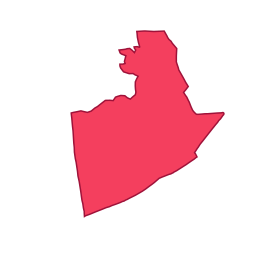 Al-Rumaitha, Al-Muthannia, Iraq, rotated 139°
{"feature_id": "34846034B72933378732296", "entity_name": "Al-Rumaitha", "entity_type": "district", "adm_level": 2, "iso_a3": "IRQ", "parent_name": "Iraq", "parent_adm1": "Al-Muthannia", "projection": "albers", "projection_center": [45.302, 31.497], "detail": "fine", "context": "isolated", "style": "filled", "palette": "rose", "viewbox_px": 256, "rotation_deg": 139, "n_neighbors": 0, "source": "geoboundaries", "source_scale": "gbopen_adm2", "svg_char_len": 2323}
<svg xmlns="http://www.w3.org/2000/svg" viewBox="0 0 256 256"><g transform="rotate(139 128 128)"><path d="M87.4,67.5L84.5,68.4L79.0,69.4L74.4,70.3L66.0,71.9L59.9,73.0L56.6,73.5L54.6,74.1L52.3,74.2L50.6,74.6L48.3,75.2L47.2,75.3L46.3,75.7L45.9,76.7L46.2,77.4L47.6,78.2L51.3,81.1L58.4,86.4L60.8,88.4L63.3,90.2L66.1,92.3L67.4,93.5L67.6,95.3L67.7,97.3L67.6,98.8L67.4,99.7L67.2,100.3L66.5,102.7L65.5,105.5L64.8,107.4L64.3,109.5L63.4,112.7L63.2,115.1L62.8,117.7L62.7,118.4L59.1,119.0L55.3,119.8L54.5,124.7L53.5,129.0L52.1,135.8L51.6,138.4L50.5,140.6L48.9,144.5L48.1,146.3L47.4,147.0L46.4,148.2L44.2,150.7L41.9,153.1L39.1,156.0L39.0,163.0L38.6,165.2L39.0,167.9L38.7,170.4L38.3,171.6L38.0,173.0L37.1,177.4L45.2,183.9L51.8,190.3L58.0,195.1L58.9,193.7L61.4,190.3L64.0,185.7L64.7,184.1L65.8,181.9L66.0,181.5L66.4,181.5L67.8,183.5L70.2,185.2L70.9,183.9L71.0,181.8L73.7,180.7L73.9,183.8L74.5,186.9L76.6,188.4L78.2,189.1L80.8,190.8L83.6,192.7L84.7,189.8L84.4,188.2L82.2,184.0L84.1,182.6L87.0,180.6L87.9,178.6L90.0,179.6L92.2,181.5L93.4,180.1L94.2,178.1L94.5,173.3L91.5,168.3L88.4,165.7L87.8,163.5L86.9,161.7L86.4,160.4L89.0,159.5L92.2,158.0L94.9,155.0L96.9,152.4L98.5,149.9L100.6,148.3L104.0,148.4L107.3,148.3L108.7,151.3L109.2,154.4L112.1,157.3L115.1,158.7L117.2,159.5L121.2,158.4L123.5,160.8L127.0,163.7L132.0,164.0L136.9,164.2L139.9,164.8L144.6,164.9L148.4,166.4L150.3,169.0L152.3,171.8L156.1,173.9L159.0,175.6L161.0,176.6L161.6,175.8L164.1,172.1L166.6,168.7L168.9,165.5L171.2,162.1L173.8,158.7L175.8,156.1L178.7,152.3L181.3,148.6L184.3,144.9L187.8,139.5L189.6,136.2L191.9,132.6L194.5,128.5L197.3,124.5L199.9,119.7L202.7,115.2L205.4,110.9L208.0,107.0L210.3,103.4L211.7,100.6L214.1,96.9L215.8,93.7L216.6,92.8L218.9,89.8L217.5,89.6L213.5,88.0L207.2,85.9L201.3,83.8L196.6,82.2L193.6,80.8L190.9,80.0L187.7,78.7L184.8,77.6L182.6,76.8L180.7,76.3L178.7,75.4L177.2,75.2L175.4,74.6L173.4,74.2L169.2,73.1L166.5,72.4L160.8,71.3L158.8,70.9L154.8,70.4L150.3,70.1L147.3,69.8L143.9,69.6L139.7,69.6L138.0,69.6L137.3,69.6L136.4,69.2L135.0,68.8L132.5,67.9L129.4,66.8L127.2,66.0L125.9,65.3L124.1,64.9L123.3,64.6L122.3,64.6L119.4,63.9L116.6,63.5L115.4,63.3L111.2,62.7L108.0,62.2L105.8,62.0L101.3,61.5L98.4,61.1L96.4,61.1L94.9,60.9L94.5,62.4L94.0,64.3L94.0,65.7L91.9,66.3L88.9,67.2L87.4,67.5Z" fill="#f43f5e" stroke="#9f1239" stroke-width="1.5"/></g></svg>